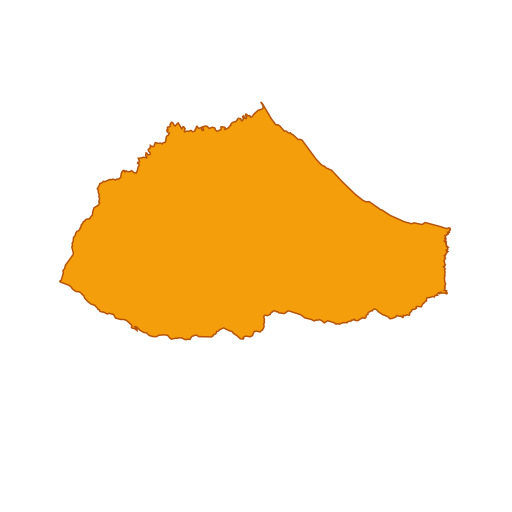 Dibulla, La Guajira, Colombia, rotated 45°
{"feature_id": "7082276B97252339631603", "entity_name": "Dibulla", "entity_type": "district", "adm_level": 2, "iso_a3": "COL", "parent_name": "Colombia", "parent_adm1": "La Guajira", "projection": "albers", "projection_center": [-73.512, 11.083], "detail": "fine", "context": "isolated", "style": "filled", "palette": "amber", "viewbox_px": 512, "rotation_deg": 45, "n_neighbors": 0, "source": "geoboundaries", "source_scale": "gbopen_adm2", "svg_char_len": 6157}
<svg xmlns="http://www.w3.org/2000/svg" viewBox="0 0 512 512"><g transform="rotate(45 256 256)"><path d="M268.3,361.8L267.5,358.3L269.1,354.8L269.9,354.0L272.5,353.5L281.7,344.7L282.1,342.8L281.6,341.9L282.6,339.4L281.6,337.1L282.3,336.2L282.4,334.0L283.9,329.8L289.8,327.8L292.8,326.2L294.6,326.7L298.7,325.8L303.5,325.6L305.7,323.6L305.6,323.0L304.7,322.6L304.8,320.8L306.3,319.1L309.0,317.3L309.8,314.8L308.1,310.7L309.5,308.8L312.7,306.7L312.5,304.9L312.9,303.8L312.1,301.0L310.9,299.5L309.7,298.9L308.9,296.9L307.5,296.0L306.6,294.6L304.7,293.8L304.0,292.5L304.3,291.4L306.2,290.1L307.0,288.1L307.3,287.1L306.8,285.9L307.4,281.8L309.8,281.1L310.4,280.2L312.4,280.0L316.8,276.6L317.4,272.6L318.2,271.5L329.2,265.9L334.3,265.2L339.9,261.8L343.1,260.8L343.6,259.0L345.4,257.3L345.8,256.1L348.3,255.2L351.5,255.1L352.5,251.1L357.5,248.4L359.2,247.7L360.1,247.9L361.1,247.2L361.5,246.2L363.1,245.3L364.7,241.7L367.6,238.6L367.4,237.7L368.1,236.2L368.8,235.6L369.3,234.5L369.0,233.7L370.0,232.7L370.0,231.5L370.4,231.1L371.6,231.5L373.3,230.2L374.1,228.9L373.9,227.8L374.8,225.6L374.8,224.1L375.9,223.9L377.0,223.1L377.1,221.5L376.0,220.1L376.3,217.8L375.5,217.3L375.4,216.3L376.4,213.0L377.1,212.4L376.7,211.3L377.1,209.9L377.9,209.2L379.4,208.7L381.8,208.9L387.5,207.8L388.7,207.0L392.6,205.6L395.1,205.7L396.6,203.6L398.0,200.1L397.6,198.4L399.2,197.8L401.2,196.0L403.3,195.7L403.3,195.1L402.1,194.0L403.5,192.9L404.4,190.9L406.2,189.6L406.1,188.8L404.8,187.6L405.1,185.8L404.4,183.3L405.9,181.3L406.4,179.4L405.3,178.8L405.3,178.3L406.0,177.3L408.8,175.1L407.7,171.5L408.1,170.5L407.7,168.7L408.3,167.2L406.5,165.3L406.6,164.2L407.6,163.5L409.7,159.6L411.1,158.9L410.5,157.3L412.1,155.4L411.2,155.2L411.1,153.0L412.5,152.8L412.5,152.4L411.7,152.0L412.3,150.9L413.1,151.3L415.7,148.7L417.6,147.9L417.7,147.5L417.4,147.0L415.5,146.5L415.2,145.8L413.3,147.3L413.2,146.2L411.8,144.3L410.7,144.2L410.4,142.7L409.5,141.4L408.5,141.2L405.1,138.7L404.6,137.7L403.9,137.4L403.4,136.0L402.7,135.9L401.2,133.8L399.4,132.8L398.9,131.2L396.2,131.1L396.1,129.8L397.2,129.6L396.0,129.2L395.9,128.1L395.1,128.1L393.5,127.0L392.4,126.8L391.6,123.6L390.7,123.8L390.2,122.8L389.0,122.7L389.3,121.8L388.8,121.2L389.3,120.7L388.5,119.7L388.7,118.3L387.6,117.8L387.7,117.4L388.6,117.5L388.6,117.1L387.3,116.9L386.4,117.3L386.8,115.6L385.7,114.8L385.8,114.1L385.0,114.6L384.7,114.0L383.9,114.5L383.3,113.7L382.0,113.6L381.8,112.7L381.0,112.7L380.7,111.4L380.2,111.5L379.8,112.4L378.6,112.3L379.2,111.3L378.7,110.2L377.1,110.3L376.9,109.9L377.6,109.1L375.2,107.9L376.2,106.6L375.7,105.9L376.3,104.7L375.1,104.1L375.9,103.9L375.2,103.3L375.9,102.6L375.0,102.2L375.1,100.8L374.3,100.5L374.4,99.6L373.5,99.1L372.4,99.8L371.2,102.1L365.8,104.7L352.1,112.6L351.7,113.1L351.4,115.7L350.5,116.8L344.3,120.8L343.3,123.1L336.9,126.8L322.3,132.4L312.4,134.4L312.1,135.0L297.8,137.5L295.3,140.0L292.0,141.1L282.7,142.2L264.4,142.5L248.7,141.9L246.4,143.0L244.9,143.2L244.1,144.0L240.7,144.2L239.4,144.9L237.0,145.3L229.6,145.0L206.8,141.5L204.4,142.5L203.6,143.8L196.2,144.1L195.1,144.7L193.0,144.6L192.7,145.4L192.0,146.0L188.8,146.4L187.6,147.7L180.5,147.2L178.6,147.8L177.2,149.2L170.1,148.2L154.2,144.1L151.4,143.6L150.5,143.8L154.9,144.8L156.4,146.6L156.3,148.2L154.5,151.3L154.2,156.1L154.7,160.9L154.1,161.7L152.2,161.2L150.9,162.8L149.3,162.4L148.5,162.8L149.0,164.1L150.9,164.5L151.9,165.6L151.0,166.3L148.0,165.9L147.9,166.9L150.2,167.9L150.7,170.1L150.1,170.6L148.1,169.7L146.1,171.2L146.7,174.9L144.9,178.4L145.0,180.7L145.9,181.4L145.4,183.0L146.0,184.3L144.8,188.4L144.0,188.5L143.6,187.2L143.0,187.0L140.1,189.0L140.0,189.7L141.9,191.3L140.3,195.4L137.7,195.5L136.8,194.7L136.0,194.7L134.1,195.8L132.7,198.9L129.8,198.8L128.3,199.9L127.0,202.2L129.5,203.7L129.8,204.5L129.4,205.1L128.4,205.1L126.5,203.6L125.3,206.3L122.5,206.0L122.6,207.1L123.6,208.3L123.4,209.6L124.3,210.4L124.4,211.2L123.3,213.0L121.2,213.1L120.5,215.1L118.8,216.6L117.7,218.7L117.0,218.5L115.8,216.0L113.5,215.8L113.0,216.2L113.5,218.6L107.0,216.9L106.7,217.4L106.9,221.3L105.6,221.4L102.8,220.6L101.6,221.3L102.3,224.0L103.4,224.6L103.7,225.2L103.5,225.9L102.5,227.0L102.4,227.7L103.7,228.8L104.6,229.0L103.9,230.0L104.7,230.7L105.9,231.0L107.8,230.3L108.5,232.1L108.1,234.8L111.5,239.6L110.3,241.5L110.4,243.1L108.4,243.8L107.5,245.3L104.6,247.0L106.3,250.9L104.7,252.3L103.1,252.5L104.6,254.1L104.5,256.8L105.5,257.7L108.6,258.0L109.3,259.2L108.1,260.9L106.3,260.5L105.3,260.8L106.9,263.0L108.8,263.3L109.3,263.8L106.6,265.7L105.1,268.5L103.6,270.1L106.8,271.5L107.0,272.4L106.2,273.5L106.7,274.2L108.5,273.8L109.2,274.2L109.7,276.4L112.0,280.0L112.1,281.2L112.7,282.3L110.8,283.3L107.6,283.6L107.3,285.5L105.3,287.3L103.9,287.6L103.9,289.3L102.5,288.7L101.7,289.3L101.5,290.6L102.5,293.1L104.7,296.0L104.5,298.6L103.1,300.2L103.0,301.6L101.8,302.0L100.2,303.3L99.6,304.6L98.5,305.2L96.7,310.1L95.3,311.1L95.2,313.6L94.3,315.2L95.1,316.5L96.3,320.8L97.8,320.9L99.7,322.7L102.1,323.6L102.7,325.0L104.7,325.9L106.7,329.0L107.5,329.3L107.8,329.0L108.2,329.6L108.5,331.7L107.4,336.4L109.0,339.7L111.5,342.9L111.3,344.2L111.6,346.2L112.0,346.4L111.8,347.7L110.2,349.7L109.8,351.1L110.3,352.4L109.6,353.6L110.4,355.8L110.5,357.8L111.7,358.9L111.6,359.7L112.7,362.3L112.5,364.4L111.9,365.4L112.3,367.2L113.7,369.4L113.9,372.1L116.1,374.5L117.1,377.1L119.3,378.8L119.3,379.8L124.9,383.2L125.7,384.3L127.8,397.4L129.6,400.2L129.8,402.8L131.6,404.1L135.3,410.5L135.1,412.5L135.6,412.9L144.4,409.0L147.3,408.6L148.4,409.0L151.0,409.0L153.9,408.3L156.4,406.3L158.5,405.8L160.0,406.2L162.3,405.8L164.6,407.0L169.5,407.1L173.2,406.7L176.5,405.0L181.1,405.0L181.9,405.5L183.3,404.8L184.8,405.5L187.3,404.1L187.5,403.6L191.9,402.1L192.6,400.4L196.7,398.1L200.6,399.2L205.1,396.6L207.6,394.2L210.0,393.1L216.7,392.8L217.6,393.1L218.2,394.5L219.1,394.7L221.7,393.2L224.6,392.8L223.8,392.1L220.2,391.7L220.8,390.9L221.9,390.6L226.3,390.6L230.8,389.4L232.9,387.8L236.7,387.7L240.1,385.8L242.6,383.5L243.5,380.5L247.4,376.1L249.7,374.6L253.5,374.9L255.0,374.6L257.4,370.8L258.5,370.0L259.2,368.4L261.7,366.3L264.8,365.3L265.8,364.6L266.1,363.4L268.3,361.8Z" fill="#f59e0b" stroke="#b45309" stroke-width="1.5"/></g></svg>